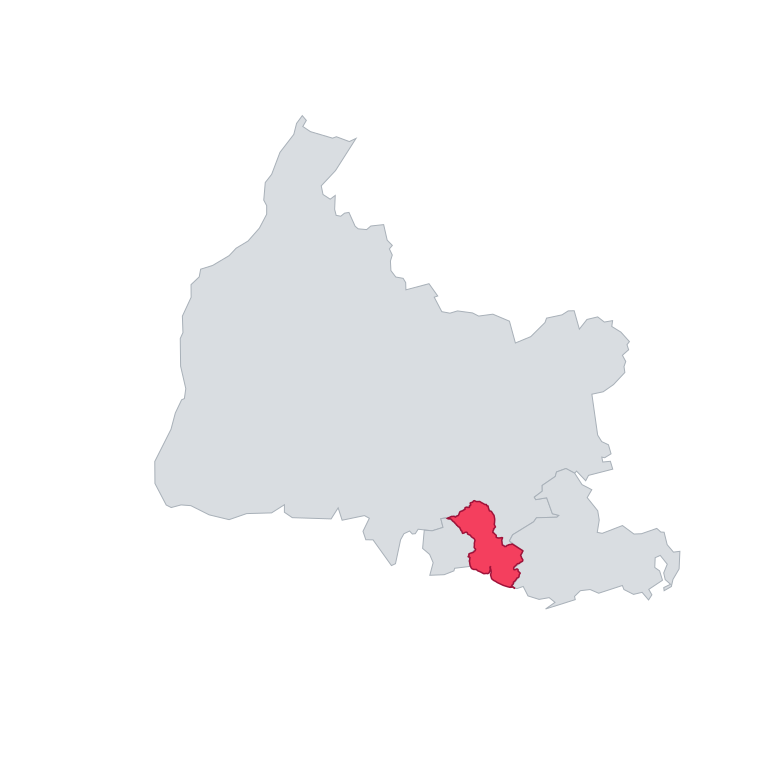 Guyana highlighted, orthographic projection, rotated 164°
{"feature_id": "GUY", "entity_name": "Guyana", "entity_type": "country or territory", "adm_level": 0, "iso_a3": "GUY", "parent_name": "South America", "parent_adm1": "", "projection": "orthographic", "projection_center": [-58.817, 4.875], "detail": "fine", "context": "with_neighbors", "style": "filled", "palette": "rose", "viewbox_px": 768, "rotation_deg": 164, "n_neighbors": 3, "source": "natural_earth", "source_scale": "50m", "svg_char_len": 6933}
<svg xmlns="http://www.w3.org/2000/svg" viewBox="0 0 768 768"><g transform="rotate(164 384 384)"><path d="M388.6,664.5L386.0,658.8L391.1,653.9L385.2,646.9L365.7,634.5L361.6,634.8L350.5,626.6L343.2,627.8L371.8,602.5L389.7,591.8L390.4,583.0L384.8,576.5L378.9,578.7L383.3,565.5L383.5,559.3L379.3,557.2L374.8,559.1L370.4,558.6L368.3,543.7L366.1,540.3L358.1,537.2L353.1,539.5L340.4,537.3L341.3,521.4L337.8,514.9L341.6,512.4L340.5,505.7L343.9,500.5L346.1,491.1L343.2,483.6L336.5,480.3L335.2,475.5L337.0,468.5L313.1,468.0L308.1,453.8L311.8,453.6L308.5,437.6L301.1,433.9L293.2,434.0L279.3,427.9L274.3,423.2L260.1,421.1L246.1,409.8L246.4,387.2L229.8,389.1L212.3,398.7L209.6,402.5L193.8,401.4L186.8,403.5L181.0,402.0L181.1,382.9L171.1,390.1L160.1,389.6L155.1,382.8L146.8,381.9L149.2,376.5L142.0,368.6L136.4,357.1L139.6,354.8L139.4,349.5L146.9,345.9L145.4,339.0L148.5,334.6L149.3,328.7L163.5,320.2L175.5,316.1L187.0,316.9L192.7,276.0L190.6,268.6L185.0,263.7L185.0,254.3L192.2,252.3L194.8,253.7L195.2,248.7L187.7,247.3L187.6,239.1L212.6,239.8L216.8,235.4L222.9,247.2L225.3,245.7L232.4,252.6L242.4,251.9L244.9,247.9L259.9,242.9L261.4,237.4L270.7,233.8L270.0,231.0L259.0,229.8L257.9,212.9L252.1,209.5L254.5,208.3L274.3,213.4L278.1,210.3L301.9,203.6L306.7,198.6L305.0,194.9L311.7,194.4L314.7,197.4L313.0,203.1L317.5,205.1L320.5,211.1L316.9,215.7L314.8,226.8L319.0,239.4L327.0,245.5L333.4,246.1L334.9,243.6L344.9,240.7L349.1,237.2L366.5,238.9L366.8,229.9L378.1,229.6L391.2,235.0L395.2,231.5L398.1,232.0L399.9,235.6L406.1,234.6L411.0,229.7L422.5,208.1L426.9,207.4L437.5,237.2L444.4,239.3L444.8,248.2L435.1,259.0L439.1,262.9L461.8,264.6L462.2,277.6L472.0,268.9L509.0,280.8L515.1,288.2L513.0,295.4L527.6,291.1L551.8,297.3L570.3,296.3L588.1,306.4L603.2,320.3L612.4,323.7L622.6,323.9L626.7,327.7L631.6,351.5L625.7,372.7L601.2,399.2L592.6,413.6L582.9,424.6L579.9,425.0L575.8,434.2L574.6,457.2L567.3,483.9L563.1,488.8L559.1,504.8L545.5,520.5L542.1,532.7L532.1,537.9L528.6,544.9L516.1,545.2L497.4,550.1L488.7,555.3L475.3,558.9L460.8,568.2L450.0,579.5L447.6,587.8L448.9,593.9L442.6,610.4L434.2,616.5L420.1,635.4L401.9,648.8L396.2,658.6L388.6,664.5Z" fill="#d9dde1" stroke="#a8b0b8" stroke-width="1"/><path d="M296.3,185.0L306.7,198.6L301.9,203.6L278.1,210.3L274.3,213.4L254.5,208.3L252.1,209.5L257.9,212.9L259.0,229.8L270.0,231.0L270.7,233.8L261.4,237.4L259.9,242.9L244.9,247.9L242.4,251.9L232.4,252.6L225.3,245.7L221.4,232.7L213.4,225.1L220.0,218.8L213.5,203.2L214.6,193.9L219.9,182.6L215.4,180.3L193.8,182.2L185.1,170.9L177.8,169.1L161.6,170.0L158.7,165.4L155.6,164.3L156.1,151.5L152.1,142.6L145.7,141.6L151.3,124.9L160.1,116.5L163.6,110.1L171.7,108.1L171.2,111.2L163.8,112.5L167.6,118.5L167.2,125.3L161.4,132.7L165.7,143.1L171.2,142.3L174.3,133.0L170.6,128.4L170.4,118.6L186.1,113.6L184.6,107.5L189.2,103.5L193.3,112.6L202.1,113.0L210.0,120.3L210.4,124.6L235.3,123.7L242.5,129.6L252.2,131.2L259.4,127.3L259.6,124.0L290.7,123.2L279.8,127.0L284.1,133.1L294.3,134.2L304.0,140.6L306.0,151.0L312.7,150.7L317.7,153.8L307.5,161.4L306.3,166.1L310.7,171.0L299.6,175.5L299.8,181.5L296.3,185.0Z" fill="#d9dde1" stroke="#a8b0b8" stroke-width="1"/><path d="M385.6,232.4L378.1,229.6L366.8,229.9L366.5,238.9L359.4,237.8L351.5,226.6L349.8,219.2L345.6,219.2L339.8,209.8L341.5,200.0L349.4,196.6L351.4,184.9L366.9,187.4L368.3,185.1L378.7,184.1L392.7,187.5L386.0,198.7L387.1,207.6L392.2,215.3L385.6,232.4Z" fill="#d9dde1" stroke="#a8b0b8" stroke-width="1"/><path d="M304.9,194.9L302.1,191.8L299.4,188.7L296.7,185.7L296.5,185.3L297.7,183.9L298.7,182.8L299.5,182.2L299.9,181.7L299.6,179.5L299.6,178.7L299.3,177.8L299.0,176.8L299.3,176.0L299.7,175.5L300.3,175.3L301.5,175.1L302.4,175.0L302.7,174.7L303.3,174.3L303.9,174.3L305.3,174.5L305.9,174.0L307.0,173.4L309.4,172.2L310.0,171.5L310.4,170.3L310.3,169.8L310.1,169.6L309.5,169.4L308.5,169.4L307.8,169.7L307.0,169.5L306.4,168.8L306.3,168.2L306.7,167.3L306.5,166.8L305.3,165.0L305.3,164.5L306.2,163.8L306.7,163.1L307.4,161.5L308.0,161.0L309.7,160.8L310.1,160.4L311.0,159.6L312.3,158.6L314.2,157.8L314.7,156.4L315.0,156.1L316.5,155.3L316.8,154.9L316.8,154.6L314.4,151.4L314.8,151.6L316.7,153.7L317.7,154.1L317.9,154.1L317.9,153.6L318.9,153.8L321.3,155.2L324.9,157.6L329.9,162.0L331.3,163.7L332.3,164.5L333.8,166.4L334.2,167.3L334.2,171.1L332.8,173.6L332.5,175.5L332.5,178.0L331.7,179.5L332.7,178.7L333.0,176.4L333.9,175.0L335.0,173.5L336.5,173.1L338.1,173.8L339.4,173.9L340.6,174.3L343.1,176.8L345.5,178.7L346.3,180.2L348.9,181.0L350.4,182.2L350.9,183.3L351.2,186.0L350.7,190.2L350.8,190.4L350.1,191.2L350.0,191.8L349.6,192.7L349.2,193.2L349.7,194.3L350.3,194.4L350.5,194.5L350.7,194.8L350.6,195.0L350.4,195.2L349.9,195.5L349.4,196.2L349.4,196.9L349.1,197.3L348.0,197.5L346.0,197.5L345.0,197.5L344.2,197.7L343.6,198.2L343.0,198.5L342.4,198.6L342.0,199.1L341.5,199.9L341.6,200.4L342.1,201.1L342.4,201.9L342.0,203.1L341.6,204.0L341.4,204.7L341.1,206.0L340.3,207.5L339.7,208.3L339.7,209.3L340.0,210.6L341.6,212.4L342.2,213.3L342.6,214.8L344.1,215.9L345.0,216.8L344.9,218.1L345.0,218.4L345.6,218.8L346.3,219.0L347.0,219.0L347.7,218.9L347.9,218.7L349.5,218.7L349.7,219.0L349.7,220.7L349.8,221.4L350.2,221.7L350.4,222.1L350.4,222.5L350.5,223.5L350.7,224.0L350.7,225.1L350.9,225.5L351.3,225.7L351.9,226.5L352.1,226.6L352.2,226.8L352.6,227.9L352.9,228.2L353.1,228.3L353.1,228.6L353.5,229.6L353.7,229.9L354.1,230.6L354.3,231.4L354.9,232.3L355.5,233.0L355.8,233.6L356.5,235.1L357.3,236.1L358.3,236.3L359.1,236.5L359.7,236.9L360.2,237.3L359.6,237.5L359.1,237.7L358.4,237.5L357.5,237.7L356.5,238.0L355.6,238.1L353.8,237.6L353.3,237.6L353.0,237.4L352.2,236.5L351.9,236.4L351.0,236.8L349.9,237.1L349.3,237.0L348.7,237.3L348.1,237.8L346.9,239.5L346.4,240.1L345.7,240.4L344.5,240.4L343.1,240.5L342.1,240.9L341.1,241.1L340.7,241.2L340.5,242.1L340.3,242.6L340.0,242.8L339.3,242.9L338.6,242.9L338.2,242.5L337.4,242.3L336.8,242.1L336.4,241.9L336.0,241.9L335.7,242.3L335.5,242.7L335.3,243.3L334.3,243.5L333.9,243.9L334.1,245.1L334.0,245.5L333.8,245.9L332.6,246.0L331.5,245.9L330.9,246.4L330.2,246.9L329.8,247.0L329.2,246.9L328.5,246.3L327.8,245.6L326.1,245.1L324.4,244.7L323.3,243.5L323.1,243.0L322.5,242.7L321.2,241.4L320.5,240.5L319.7,240.2L318.8,239.9L318.8,239.2L318.7,238.6L318.4,238.4L317.8,238.2L317.6,237.9L317.7,237.1L317.8,235.0L317.6,233.0L316.4,232.3L315.9,231.9L315.0,228.9L314.5,227.6L314.5,226.6L314.8,223.7L315.2,222.4L316.1,219.9L316.6,219.0L316.7,218.4L316.6,217.6L316.3,215.9L317.9,214.9L318.6,214.5L318.7,213.8L319.6,212.9L320.0,212.1L320.3,211.4L320.2,211.1L319.8,210.9L319.4,210.3L318.5,208.5L318.1,208.1L317.9,207.6L318.0,206.8L318.4,206.0L318.3,205.6L317.8,205.2L316.6,204.4L315.7,204.3L315.0,204.0L313.9,204.0L313.0,203.9L312.5,203.6L312.6,203.2L312.9,202.8L313.6,201.9L314.1,200.9L314.1,200.0L314.3,198.8L314.5,197.7L314.6,196.5L313.5,195.7L313.1,195.0L312.7,194.4L312.1,194.4L311.4,194.2L310.1,195.0L309.2,194.8L308.5,195.1L307.0,195.0L306.1,194.7L304.9,194.9Z" fill="#f43f5e" stroke="#9f1239" stroke-width="1.5"/></g></svg>